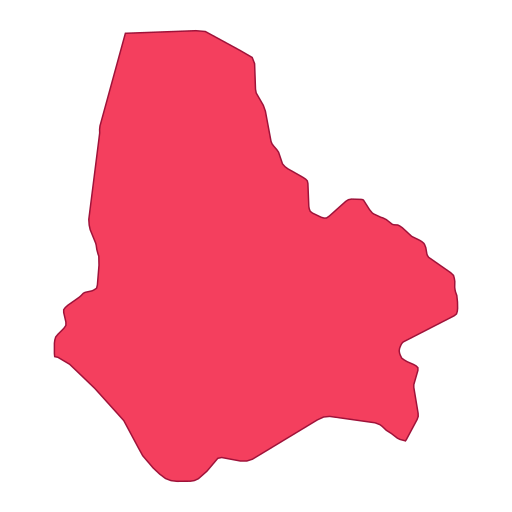 SVG path tracing the border of Maradi
{"feature_id": "NER-91", "entity_name": "Maradi", "entity_type": "Department", "adm_level": 1, "iso_a3": "NER", "parent_name": "Niger", "parent_adm1": "", "projection": "orthographic", "projection_center": [7.538, 14.218], "detail": "fine", "context": "isolated", "style": "filled", "palette": "rose", "viewbox_px": 512, "rotation_deg": 0, "n_neighbors": 0, "source": "natural_earth", "source_scale": "10m", "svg_char_len": 2066}
<svg xmlns="http://www.w3.org/2000/svg" viewBox="0 0 512 512"><path d="M138.2,447.5L123.8,420.6L94.7,388.3L69.7,364.3L57.9,357.3L54.7,356.6L54.4,353.6L54.4,343.2L54.8,340.1L55.7,337.0L58.0,334.2L63.8,328.4L65.9,325.4L65.9,322.1L63.7,312.5L63.7,309.7L65.3,307.5L67.9,305.2L79.4,297.1L81.1,295.6L83.2,293.4L84.0,292.9L84.8,292.5L85.8,292.2L91.8,290.9L93.3,290.3L95.9,288.7L96.6,288.1L97.4,284.9L99.0,265.2L98.8,256.1L98.1,254.3L96.8,249.4L96.2,245.2L95.7,243.2L90.2,229.7L89.2,225.1L88.8,219.4L99.7,133.0L99.6,129.5L100.0,125.9L125.4,33.3L195.9,30.7L205.3,31.5L240.7,50.8L252.2,57.5L254.6,63.7L255.5,89.3L256.2,93.0L263.3,105.3L265.4,111.2L271.0,141.3L272.0,143.8L273.7,146.1L276.9,149.8L278.6,152.3L282.5,163.9L285.0,166.7L288.0,168.9L303.2,177.5L305.7,179.2L307.3,180.9L307.9,183.5L308.8,206.3L309.2,208.7L310.2,211.3L312.5,213.1L321.3,217.3L324.2,218.1L326.5,218.0L329.4,216.0L345.7,201.4L348.4,199.7L351.5,199.1L361.3,199.4L362.9,199.7L363.6,200.3L369.5,209.6L372.3,213.0L373.8,214.0L380.9,217.3L382.9,217.9L386.3,219.6L392.1,224.2L393.1,224.6L394.2,224.8L397.8,225.0L399.8,226.0L402.4,227.8L411.6,236.3L412.5,236.8L419.5,240.2L421.8,241.6L423.8,243.3L424.5,244.4L425.1,245.9L425.8,247.7L426.9,254.1L427.4,255.4L428.6,257.3L450.8,272.8L453.5,275.4L454.3,278.3L454.8,281.5L454.7,287.3L455.0,289.6L455.5,291.9L456.8,295.5L457.5,302.1L457.6,308.4L457.3,311.3L456.5,313.9L454.3,315.7L403.5,341.8L402.5,342.6L401.9,343.4L401.4,344.1L400.8,345.3L399.8,347.7L399.5,348.8L399.2,350.9L399.6,353.3L400.2,355.0L401.7,358.1L404.3,360.0L407.2,361.7L413.4,364.4L416.1,365.9L417.9,367.7L417.9,370.4L413.8,384.6L413.8,387.4L418.1,413.3L418.2,416.4L417.1,419.5L406.3,439.7L405.4,440.9L405.2,440.8L399.9,439.4L397.3,438.1L391.2,433.4L386.3,430.3L382.1,426.3L380.0,424.7L375.1,422.8L329.7,416.4L323.6,417.0L317.5,419.8L252.4,459.2L246.8,461.0L240.4,461.0L221.7,457.5L217.8,458.3L206.9,471.2L198.4,478.7L194.5,480.5L193.5,480.7L190.3,481.2L176.9,481.3L171.0,480.6L165.5,478.5L159.7,474.1L153.2,468.0L142.7,455.7L138.2,447.5Z" fill="#f43f5e" stroke="#9f1239" stroke-width="1.5"/></svg>